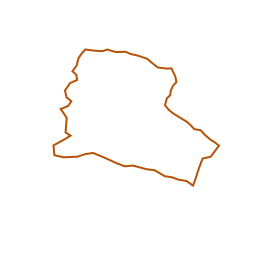 Agios Andronikos Trikomou, Cyprus, rotated 137°
{"feature_id": "46923920B63709506451414", "entity_name": "Agios Andronikos Trikomou", "entity_type": "district", "adm_level": 2, "iso_a3": "CYP", "parent_name": "Cyprus", "parent_adm1": "", "projection": "robinson", "projection_center": [33.858, 35.342], "detail": "fine", "context": "isolated", "style": "outline", "palette": "amber", "viewbox_px": 256, "rotation_deg": 137, "n_neighbors": 0, "source": "geoboundaries", "source_scale": "gbopen_adm2", "svg_char_len": 996}
<svg xmlns="http://www.w3.org/2000/svg" viewBox="0 0 256 256"><g transform="rotate(137 128 128)"><path d="M73.5,53.1L74.3,58.1L75.6,63.1L76.4,69.8L76.4,76.9L80.3,81.9L80.3,87.3L80.7,92.3L82.0,96.9L84.9,107.3L85.8,113.2L85.4,119.4L79.4,123.2L74.7,123.2L71.3,126.1L66.3,128.2L61.2,128.6L58.2,133.6L56.8,138.2L56.6,138.7L55.6,142.0L59.0,144.9L65.0,152.0L66.2,160.3L66.7,165.3L71.3,174.1L75.6,180.3L77.7,185.3L84.9,191.6L87.5,195.8L89.6,199.5L94.3,201.6L99.4,207.0L105.7,214.5L110.8,214.1L116.4,212.9L123.1,208.7L129.9,207.4L129.5,202.0L132.5,197.8L139.7,200.4L148.6,198.3L152.0,192.4L151.2,186.2L156.7,184.9L164.3,187.8L165.2,181.2L166.0,177.0L169.8,173.7L176.7,167.3L175.2,161.6L181.8,162.9L194.4,166.1L200.4,158.3L195.1,150.5L184.4,141.4L177.1,138.1L170.5,133.5L165.2,121.8L161.2,112.0L156.6,102.3L149.9,97.0L142.6,85.3L137.3,78.8L134.0,67.7L129.4,61.9L126.1,55.4L121.4,49.5L119.7,41.5L112.5,45.2L103.6,50.2L94.3,54.8L87.1,50.6L73.5,53.1Z" fill="none" stroke="#b45309" stroke-width="2"/></g></svg>